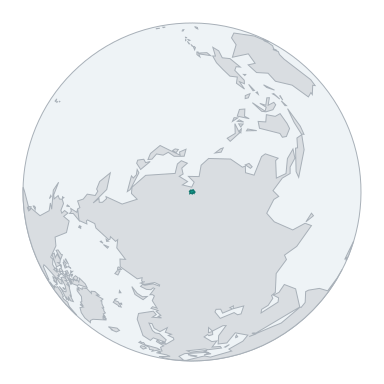 Beijing on an orthographic globe, rotated 228°
{"feature_id": "CHN-1155", "entity_name": "Beijing", "entity_type": "Municipality", "adm_level": 1, "iso_a3": "CHN", "parent_name": "China", "parent_adm1": "", "projection": "orthographic", "projection_center": [116.383, 40.244], "detail": "fine", "context": "on_globe", "style": "filled", "palette": "teal", "viewbox_px": 384, "rotation_deg": 228, "n_neighbors": 0, "source": "natural_earth", "source_scale": "10m", "svg_char_len": 12270}
<svg xmlns="http://www.w3.org/2000/svg" viewBox="0 0 384 384"><g transform="rotate(228 192 192)"><circle cx="192" cy="192" r="169" fill="#eef3f6" stroke="#a8b0b8"/><path d="M337.4,274.3L337.2,275.0L337.4,274.3ZM307.5,68.6L308.6,69.8L304.4,67.9L290.6,60.7L290.6,59.2L287.2,58.0L287.1,60.0L287.8,61.6L276.1,63.2L273.7,73.3L278.6,79.4L273.1,76.2L286.2,90.2L288.5,99.4L282.4,87.3L279.1,84.9L278.9,90.1L275.5,88.8L273.4,90.7L269.4,88.8L266.1,82.3L263.4,81.1L263.5,84.9L259.4,85.7L259.7,80.3L252.7,81.3L245.9,71.6L250.1,60.1L243.0,54.8L238.2,43.4L235.1,43.6L231.4,39.9L226.6,38.9L227.1,37.5L222.7,38.0L223.2,39.5L221.5,40.3L218.7,40.0L218.8,38.0L220.2,37.9L218.8,37.1L220.1,36.3L217.9,36.5L218.4,34.4L213.7,36.1L210.6,34.0L212.1,32.8L217.3,33.5L233.9,33.6L237.0,33.3L236.1,31.7L222.9,27.1L224.1,26.7L221.7,25.8L218.6,25.5L219.3,26.2L212.8,25.7L214.5,27.0L212.1,27.2L211.6,28.7L205.9,28.0L200.5,26.6L200.6,25.5L198.3,25.0L193.4,25.9L189.0,24.2L178.2,24.0L177.7,23.8L185.2,23.2L197.2,23.1L198.8,23.2L210.8,24.1L222.7,25.9L234.4,28.5L246.0,31.9L257.2,36.1L268.2,41.2L278.7,47.0L288.8,53.5L298.4,60.7L307.5,68.6ZM351.7,153.9L350.4,151.3L351.2,151.1L351.7,153.9ZM349.5,151.1L350.0,151.7L349.6,151.4L349.5,151.1ZM349.2,151.8L349.4,151.3L349.3,152.2L349.2,151.8ZM348.9,153.1L349.0,152.3L349.1,152.5L348.9,153.1ZM348.0,154.3L347.7,154.4L347.6,153.4L348.0,154.3ZM288.6,62.6L287.4,60.2L288.8,59.1L290.3,61.2L288.6,62.6ZM285.4,65.4L283.9,63.7L287.8,64.6L287.4,65.3L285.4,65.4ZM282.9,84.4L282.5,81.6L284.0,84.8L282.9,84.4ZM273.9,91.3L275.1,92.6L273.5,93.0L273.9,91.3ZM214.8,29.1L213.3,28.9L214.2,28.7L214.8,29.1ZM216.1,30.0L218.3,29.9L219.2,30.3L217.8,30.4L216.1,30.0ZM265.8,90.7L262.9,91.3L265.3,89.5L265.8,90.7ZM213.2,30.0L220.6,31.1L222.1,32.0L218.3,32.9L213.2,30.0ZM260.9,90.9L254.0,92.8L256.0,95.7L246.3,89.0L255.4,89.4L258.0,86.7L258.4,89.4L260.9,90.9ZM224.6,40.2L224.0,38.5L227.1,40.3L224.6,40.2ZM227.0,41.2L239.2,46.1L238.7,48.7L234.7,46.4L236.2,50.2L230.0,49.0L227.8,46.6L229.3,45.1L225.8,45.8L227.0,41.2ZM242.1,85.3L239.9,84.9L241.6,84.1L242.1,85.3ZM221.0,40.8L223.5,41.5L223.3,43.7L218.3,42.8L220.0,42.3L221.0,40.8ZM239.6,52.0L238.6,53.7L233.3,53.0L232.1,53.7L229.8,49.2L239.6,52.0ZM218.6,41.7L215.7,42.3L213.2,41.1L218.6,40.3L218.6,41.7ZM225.4,44.7L225.0,45.8L223.6,44.8L225.4,44.7ZM202.9,37.3L205.9,37.8L206.0,38.9L202.9,37.3ZM214.8,42.7L215.7,43.1L216.1,43.7L213.7,43.9L214.8,42.7ZM226.2,49.2L224.2,48.7L226.9,51.0L223.0,50.8L222.2,47.9L220.9,49.1L219.7,49.1L220.4,46.8L226.2,49.2ZM212.5,45.9L210.1,42.6L204.5,41.3L204.3,40.2L213.3,42.5L212.5,45.9ZM217.1,46.6L214.2,45.9L215.3,44.7L218.0,44.5L217.1,46.6ZM220.7,51.8L226.9,52.8L226.8,53.4L220.7,51.8ZM210.7,45.8L211.3,46.6L210.1,45.8L210.7,45.8ZM217.4,50.2L219.6,50.3L219.5,51.0L217.4,50.2ZM210.7,48.2L209.9,47.1L211.7,46.8L210.7,48.2ZM213.6,49.3L212.9,50.2L212.8,47.4L214.6,49.2L213.6,49.3ZM216.9,50.8L217.6,51.3L216.0,50.6L216.9,50.8ZM204.4,50.0L203.8,46.6L207.8,45.9L207.8,49.3L204.4,50.0ZM75.8,69.4L76.1,69.3L70.7,75.1L63.5,88.6L61.7,91.6L57.0,95.2L47.3,115.0L50.6,114.3L47.1,130.0L48.3,137.7L58.4,129.9L56.5,116.9L61.6,109.7L67.4,115.7L69.9,127.9L72.0,125.5L75.0,114.1L80.2,113.6L76.5,110.1L74.6,113.9L72.2,112.0L73.9,108.4L75.7,108.2L76.2,104.0L67.6,106.6L64.7,110.8L63.3,103.2L58.3,109.7L56.3,109.5L64.0,98.5L66.8,96.5L77.2,82.2L74.1,83.6L64.1,97.3L65.2,94.6L61.0,97.3L65.0,93.1L76.8,78.4L78.6,72.4L72.9,73.2L75.7,69.8L81.7,64.2L91.8,57.3L84.5,65.8L88.0,64.1L96.4,58.0L93.4,61.3L95.9,60.1L93.9,63.4L97.7,64.7L96.6,68.0L104.7,65.5L105.2,67.1L100.3,67.9L96.3,70.6L94.4,79.7L95.9,80.6L101.3,78.4L100.1,81.5L105.6,78.3L107.7,82.9L109.7,74.8L116.1,72.7L120.9,74.2L123.4,72.3L115.5,69.9L112.0,70.4L108.5,73.0L99.4,73.9L98.6,71.5L109.5,65.6L109.6,61.8L118.1,59.5L134.2,66.2L137.5,71.0L129.3,83.5L124.8,83.4L125.5,78.7L118.8,85.1L122.2,83.6L121.2,86.3L127.1,85.5L126.7,87.5L133.0,83.7L133.1,86.0L129.1,88.3L137.9,89.8L139.9,94.5L142.1,94.0L143.8,92.0L145.2,99.7L146.8,99.0L146.9,96.1L150.1,93.0L156.3,90.6L156.4,93.3L154.2,94.6L149.8,101.6L143.9,104.8L144.6,105.8L149.8,103.6L155.1,95.0L158.8,92.8L156.9,97.0L157.9,95.3L159.7,95.1L161.7,97.6L164.1,93.2L184.5,88.7L190.4,93.6L186.4,97.5L200.8,98.7L206.3,104.9L206.4,102.2L213.4,101.5L211.8,99.5L212.3,98.2L229.5,96.5L233.6,98.6L241.2,95.6L241.2,94.3L238.6,92.5L246.3,89.0L256.0,95.7L255.4,98.2L261.9,101.0L259.5,106.5L260.5,112.7L254.2,117.7L255.6,122.5L258.0,123.1L261.6,130.4L260.9,144.1L250.9,130.3L250.0,111.2L249.4,118.5L246.4,116.2L244.3,118.5L244.2,124.0L246.1,125.0L229.8,132.0L223.3,146.4L231.4,146.0L235.7,150.6L235.4,168.7L217.1,191.9L222.6,199.9L222.4,205.0L216.5,207.8L216.6,200.4L211.3,197.4L212.2,193.0L202.7,195.7L203.7,189.6L195.8,195.0L197.9,200.2L206.0,199.8L198.7,207.6L205.8,216.7L205.8,226.8L190.7,242.7L176.7,246.1L175.6,249.0L170.5,244.7L163.0,249.4L171.8,267.4L171.3,272.0L159.5,278.6L159.4,275.2L145.9,264.0L142.8,274.2L153.0,285.3L156.4,295.8L148.3,291.1L144.9,281.6L140.1,277.3L141.9,268.4L138.8,253.1L130.7,253.5L131.7,247.8L126.2,233.3L114.8,233.2L96.4,241.5L93.1,255.1L87.1,258.3L81.5,233.4L83.2,218.5L78.6,217.0L75.1,200.0L61.6,186.7L61.9,181.9L58.9,180.9L56.8,172.7L58.2,165.2L55.9,162.4L52.6,182.3L55.4,185.5L60.9,183.5L59.2,189.5L61.5,198.7L50.7,204.2L34.4,195.1L36.7,184.1L44.4,145.2L46.4,143.0L46.6,142.6L46.9,141.9L43.6,144.8L46.3,137.8L38.0,162.1L34.9,170.7L34.1,195.4L33.2,195.8L34.2,202.2L41.9,209.8L41.1,212.9L35.1,222.2L27.8,226.7L31.0,242.2L34.0,251.8L30.0,240.1L26.9,228.1L24.7,215.9L23.4,203.5L23.0,191.1L23.6,178.8L25.0,166.5L27.3,154.3L30.5,142.3L34.6,130.6L39.5,119.2L45.3,108.3L51.8,97.7L59.1,87.7L67.1,78.2L75.8,69.4ZM68.6,146.9L72.7,154.2L77.7,144.5L79.7,146.6L80.7,142.7L78.0,143.8L81.5,133.7L85.7,134.9L88.7,131.4L87.5,128.8L79.2,128.4L74.2,142.6L70.3,143.7L68.6,146.9ZM181.0,23.4L177.9,23.7L179.1,23.5L177.6,23.7L181.0,23.4ZM192.9,23.0L193.7,23.0L193.1,23.0L192.0,23.0L192.9,23.0ZM111.9,51.3L108.9,53.3L106.5,53.7L107.9,50.6L111.5,49.9L111.9,51.3ZM105.4,56.2L115.8,51.9L115.4,54.0L113.9,53.5L112.5,55.3L109.7,55.0L99.1,61.7L96.2,62.6L100.4,55.8L100.6,57.4L103.4,55.1L105.4,56.2ZM143.3,40.6L147.8,39.7L141.0,45.2L137.6,45.5L138.7,42.1L143.5,39.9L143.3,40.6ZM205.0,31.9L207.2,31.9L207.2,32.3L205.3,32.7L205.0,31.9ZM204.3,37.5L195.5,32.7L197.5,32.4L190.0,30.5L192.4,29.0L197.2,30.1L193.4,27.8L198.7,28.2L195.5,26.9L206.1,29.6L210.7,30.2L204.6,30.1L202.2,31.4L202.6,32.2L207.2,35.0L216.0,37.3L215.1,39.4L212.1,40.2L209.8,40.0L211.1,38.6L207.2,39.3L207.3,37.2L204.3,37.5ZM177.5,53.9L179.9,51.6L172.0,54.2L172.1,51.4L171.2,51.9L169.1,50.2L165.0,49.0L165.9,47.8L163.9,47.9L162.5,46.9L160.1,46.7L160.8,44.5L157.9,44.1L159.8,43.3L154.7,43.4L158.8,42.4L157.4,41.2L154.1,42.8L163.7,33.2L164.5,30.6L162.9,29.1L170.2,28.1L176.4,29.0L181.0,31.4L179.2,34.3L182.9,33.5L183.1,34.8L180.1,34.9L184.8,35.5L184.2,36.7L188.3,39.9L195.5,40.6L197.1,42.0L194.0,42.3L197.9,43.5L193.1,45.2L194.2,46.3L190.6,49.2L184.0,49.4L185.7,50.7L183.1,53.2L177.5,53.9ZM203.2,50.7L195.2,51.2L191.3,50.1L199.2,45.6L198.9,44.4L203.8,41.8L209.2,43.6L207.3,44.1L206.8,45.1L205.3,44.1L206.0,45.6L203.4,46.5L203.3,47.9L200.8,47.6L203.2,50.7ZM62.9,91.9L62.1,93.7L61.7,96.0L59.0,97.9L62.9,91.9ZM70.8,81.7L70.6,82.8L66.6,86.2L67.4,84.5L70.8,81.7ZM73.8,80.7L70.9,82.6L73.0,80.5L73.8,80.7ZM100.4,69.0L100.6,70.2L99.3,71.0L97.6,71.1L100.4,69.0ZM153.9,62.4L156.0,60.9L156.9,61.3L162.8,59.7L163.2,61.9L159.7,63.7L153.9,62.4ZM56.1,129.4L53.8,129.1L54.5,127.0L55.2,127.5L56.1,129.4ZM54.9,112.6L53.6,117.7L54.2,113.1L54.9,112.6ZM155.4,64.5L157.8,63.6L156.5,65.3L155.4,64.5ZM163.8,63.4L162.8,65.3L163.9,62.0L163.8,63.4ZM40.0,265.8L37.8,260.5L39.7,262.9L39.7,260.3L43.2,268.9L47.4,279.4L40.0,265.8ZM199.5,320.9L204.7,321.5L204.6,322.0L199.5,320.9ZM194.0,318.9L200.0,319.3L193.0,320.0L194.0,318.9ZM202.3,319.4L208.4,318.4L211.0,317.5L210.5,318.6L202.3,319.4ZM190.0,318.8L168.4,316.5L159.9,313.8L161.9,312.1L175.5,314.5L190.0,318.8ZM161.2,311.9L148.4,303.6L131.5,281.1L137.5,283.0L155.3,298.3L154.2,300.0L161.9,306.1L161.2,311.9ZM192.5,304.5L191.3,309.9L179.3,308.5L173.9,307.0L170.1,299.3L172.2,295.8L176.7,296.5L194.2,284.8L200.2,288.4L194.7,293.7L199.7,299.0L192.5,304.5ZM93.6,256.7L96.3,266.6L93.1,266.4L93.6,256.7ZM201.6,275.5L194.3,281.2L201.0,273.4L201.6,275.5ZM205.7,267.8L206.0,271.0L203.3,267.9L205.7,267.8ZM175.1,253.5L170.5,253.6L170.5,251.3L176.5,249.8L175.1,253.5ZM205.6,235.2L205.0,242.3L203.9,244.7L202.1,240.3L205.6,235.2ZM162.0,84.0L153.3,83.5L147.3,85.1L144.3,88.9L144.7,83.6L154.0,81.1L162.0,84.0ZM181.7,87.7L184.3,84.8L185.7,86.5L185.3,87.4L181.7,87.7ZM181.5,85.7L179.9,81.4L183.0,80.1L183.6,83.7L181.5,85.7ZM167.3,72.2L164.7,71.8L165.8,70.4L167.3,72.2ZM252.6,349.6L252.8,348.9L259.5,346.5L256.4,348.1L252.6,349.6ZM229.1,349.3L196.0,355.4L188.7,354.7L190.5,353.1L183.9,346.6L186.3,346.9L184.8,342.1L204.4,337.9L218.5,328.1L229.4,328.0L237.6,319.9L248.9,318.8L245.4,325.0L257.0,326.3L265.1,312.2L271.9,323.3L280.1,324.5L282.1,329.5L266.3,342.6L257.5,346.7L255.9,346.8L252.2,348.5L246.7,349.8L243.8,348.5L240.2,350.0L243.8,347.4L238.5,350.1L235.7,349.0L229.1,349.3ZM309.3,305.4L310.8,304.7L313.2,304.6L310.7,306.1L309.3,305.4ZM333.4,280.6L334.0,280.6L332.4,282.5L333.4,280.6ZM337.1,275.2L335.2,277.7L337.4,274.3L337.1,275.2ZM318.0,293.6L318.7,293.8L318.1,294.5L318.0,293.6ZM317.4,293.8L318.4,292.0L318.2,293.3L317.4,293.8ZM310.0,291.6L311.0,290.4L311.4,290.7L310.0,291.6ZM212.5,321.5L219.8,317.4L223.8,316.9L212.5,321.5ZM308.6,290.9L306.1,292.0L306.4,291.1L308.6,290.9ZM308.8,289.0L308.5,288.1L310.0,289.8L308.8,289.0ZM304.1,288.9L307.1,289.4L303.7,289.3L304.1,288.9ZM302.3,290.0L300.1,290.1L300.2,289.7L302.3,290.0ZM277.4,300.4L285.6,304.3L279.0,306.3L271.5,304.3L265.7,309.5L252.5,311.5L255.6,308.6L253.8,305.2L240.1,305.6L237.4,303.4L242.2,301.1L233.3,299.9L243.1,297.8L247.1,302.6L252.7,297.7L262.3,297.0L271.7,296.7L279.2,298.4L277.4,300.4ZM243.2,309.2L244.9,309.0L243.4,310.6L243.2,309.2ZM295.9,289.1L299.1,290.2L298.7,291.0L297.1,291.2L295.9,289.1ZM280.9,297.1L289.0,290.4L290.9,289.8L285.6,296.3L280.9,297.1ZM287.1,288.3L290.8,287.6L292.8,289.3L292.0,290.2L287.1,288.3ZM223.1,306.2L222.7,307.6L220.2,306.6L223.1,306.2ZM226.4,305.1L234.1,306.1L225.7,306.4L226.4,305.1ZM203.2,300.4L205.4,303.9L212.5,301.7L207.1,304.9L211.9,310.6L210.3,312.6L205.5,306.6L203.9,312.8L200.8,312.6L199.0,307.2L202.1,300.6L205.3,297.8L218.0,296.6L203.2,300.4ZM226.3,300.9L224.3,296.9L225.8,294.0L228.0,296.1L226.3,300.9ZM218.3,286.8L213.1,281.7L208.2,283.6L218.1,276.4L221.6,282.5L218.3,286.8ZM214.0,275.4L209.4,277.2L214.2,273.0L214.0,275.4ZM208.3,275.5L207.8,271.7L211.4,272.3L208.3,275.5ZM216.4,275.6L217.4,269.3L219.1,273.0L216.4,275.6ZM206.6,263.3L214.1,269.6L204.1,266.8L204.1,254.3L208.4,254.1L206.6,263.3ZM232.7,210.3L231.9,206.5L235.8,205.4L235.3,208.3L232.7,210.3ZM247.9,199.4L236.6,203.9L227.4,207.8L230.1,209.5L227.8,216.2L223.8,210.1L230.5,202.6L237.4,200.9L238.7,195.2L244.0,191.1L243.2,184.2L245.6,181.0L248.4,186.9L247.9,199.4ZM242.6,181.3L243.1,168.9L250.4,170.1L252.0,173.0L248.6,178.1L244.9,177.2L242.6,181.3ZM245.4,166.3L241.8,165.4L235.1,147.6L235.6,144.2L244.5,157.8L241.7,157.7L242.0,162.1L245.4,166.3ZM240.5,86.4L240.0,85.1L241.7,86.1L240.5,86.4ZM211.3,97.1L212.4,95.5L214.3,96.6L211.3,97.1ZM216.4,91.7L213.4,91.6L216.5,90.6L216.4,91.7ZM206.8,91.6L212.2,91.0L207.1,93.3L206.8,91.6Z" fill="#d9dde1" stroke="#a8b0b8" stroke-width="1"/><path d="M194.2,191.9L194.2,192.1L194.1,192.3L193.9,192.4L193.5,192.5L193.4,192.6L193.0,192.6L192.9,192.6L192.8,192.8L192.9,193.0L193.0,193.1L193.2,193.3L193.1,193.5L193.0,193.8L192.9,193.9L192.7,193.9L192.4,193.9L192.4,194.0L192.1,194.1L192.2,194.3L191.9,194.3L191.7,194.2L191.4,194.0L191.2,194.0L190.9,194.0L190.7,194.1L190.4,194.1L190.4,193.9L190.2,193.9L189.9,193.8L189.9,193.4L190.0,193.4L190.1,193.2L190.0,192.9L189.9,192.9L189.8,192.7L190.0,192.7L190.2,192.4L190.7,192.3L190.8,192.2L191.0,192.0L191.0,191.9L191.0,191.7L190.9,191.7L190.5,191.1L190.9,190.9L191.1,191.0L191.2,190.9L191.4,190.8L191.6,190.5L191.8,190.5L192.0,190.5L192.2,190.4L191.9,190.1L192.0,190.0L192.2,189.9L192.3,189.9L192.5,189.8L192.5,189.7L192.6,189.8L192.7,190.0L192.8,190.0L193.0,190.3L193.2,190.5L193.3,190.6L193.5,190.7L193.8,190.7L194.1,190.8L194.3,190.7L194.5,190.8L194.4,190.8L194.3,191.0L194.2,190.9L194.1,191.0L193.9,191.0L193.8,191.3L193.9,191.5L194.0,191.8L194.2,191.9Z" fill="#14b8a6" stroke="#0f766e" stroke-width="1.5"/></g></svg>